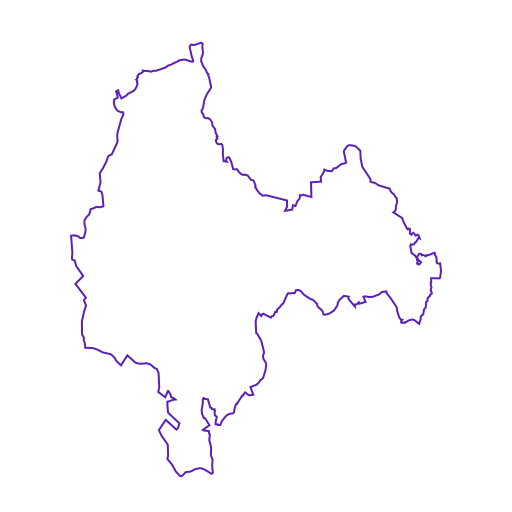 Mirsid, Salaj, Romania, rotated 267°
{"feature_id": "2599482B66658090524477", "entity_name": "Mirsid", "entity_type": "district", "adm_level": 2, "iso_a3": "ROU", "parent_name": "Romania", "parent_adm1": "Salaj", "projection": "robinson", "projection_center": [23.142, 47.219], "detail": "fine", "context": "isolated", "style": "outline", "palette": "violet", "viewbox_px": 512, "rotation_deg": 267, "n_neighbors": 0, "source": "geoboundaries", "source_scale": "gbopen_adm2", "svg_char_len": 6082}
<svg xmlns="http://www.w3.org/2000/svg" viewBox="0 0 512 512"><g transform="rotate(267 256 256)"><path d="M239.0,439.5L238.8,437.8L239.7,436.1L245.6,436.1L247.7,434.8L249.9,434.6L250.0,434.1L248.3,429.9L247.5,426.8L247.9,426.4L246.8,425.2L247.9,424.1L248.3,422.6L248.0,421.6L249.4,420.8L249.8,420.1L249.4,418.8L246.2,416.6L243.8,417.9L241.1,420.5L239.1,418.6L239.5,418.1L239.2,417.2L239.9,416.6L240.4,416.4L242.4,417.4L243.6,416.6L244.9,416.8L248.3,414.7L250.6,411.5L258.3,410.6L258.8,411.4L259.4,411.4L259.1,412.0L259.6,414.6L261.3,415.6L261.7,416.6L265.8,419.4L265.2,420.3L268.1,419.4L268.9,418.3L268.0,416.7L270.9,414.4L270.2,412.9L269.1,412.4L270.0,411.1L270.6,410.8L274.8,411.2L275.4,409.9L274.6,409.0L274.7,408.6L281.7,405.4L286.3,403.9L292.4,395.4L293.3,396.9L295.4,398.1L298.0,398.3L302.4,399.7L304.4,399.6L306.5,399.5L308.0,398.1L310.1,397.2L312.1,395.0L313.9,393.7L316.1,393.3L320.1,382.3L322.9,378.4L323.7,375.1L324.2,374.2L326.7,374.4L339.6,366.8L347.8,365.6L355.6,365.7L360.1,361.5L360.8,360.3L361.8,355.4L361.7,354.4L360.5,352.5L356.8,349.5L355.3,349.2L344.5,350.9L343.6,348.4L343.5,346.4L339.6,340.6L339.4,338.3L336.7,336.1L337.2,332.0L338.7,328.7L335.9,327.9L331.4,324.7L326.9,324.9L326.7,314.8L312.0,314.4L314.8,306.0L314.1,304.6L314.4,303.0L311.3,302.7L308.4,300.1L303.8,298.0L304.8,295.6L300.5,294.6L299.5,287.4L303.6,289.6L309.8,289.9L316.1,269.4L315.9,265.5L317.0,264.9L318.0,263.2L322.5,259.9L323.4,259.9L324.8,258.7L326.4,259.3L331.4,257.5L332.5,254.8L337.0,251.8L337.1,250.7L338.0,249.2L337.6,248.3L337.8,247.0L338.8,245.2L341.1,243.0L343.3,242.0L343.7,241.1L343.5,239.9L344.0,237.7L351.0,236.3L355.5,234.6L356.2,233.4L355.3,231.8L352.9,231.1L351.8,231.8L352.3,228.7L359.0,228.2L363.9,228.6L368.9,228.1L369.7,227.3L369.5,224.7L370.0,223.5L371.3,222.4L373.8,222.0L374.7,222.6L375.0,223.5L377.2,223.0L377.6,223.8L380.7,222.3L385.0,221.7L388.6,219.3L391.2,219.3L392.6,218.7L394.7,217.4L396.1,215.6L396.2,213.4L397.3,211.3L400.0,210.8L402.5,209.3L404.1,209.2L406.1,210.7L414.4,212.6L419.6,215.1L426.7,220.1L436.3,218.6L439.4,217.6L440.1,218.0L441.3,216.7L444.3,215.7L448.7,213.0L453.5,211.4L456.5,211.8L460.5,213.5L463.0,213.7L467.9,213.3L470.5,213.9L471.9,212.6L469.9,205.5L470.5,202.2L469.7,201.4L468.0,200.7L458.4,202.3L454.2,203.6L453.5,203.3L453.3,202.4L456.0,194.7L455.3,189.1L454.7,188.6L452.7,183.5L451.9,182.1L450.7,178.1L449.0,175.6L446.2,165.9L446.3,163.2L445.6,160.9L446.1,158.5L446.6,157.8L446.5,155.7L447.0,153.0L446.4,153.3L444.8,151.4L444.2,150.3L444.1,149.0L442.1,147.1L440.7,147.4L440.4,147.2L440.5,146.8L438.3,146.2L438.2,145.7L437.1,146.6L435.6,146.2L434.3,146.7L432.3,146.1L429.3,144.4L427.5,142.8L424.6,136.4L423.0,135.0L420.4,129.9L426.2,127.4L428.7,127.1L427.9,125.0L421.4,126.3L419.6,122.5L417.8,122.4L417.1,122.0L413.2,122.6L410.6,123.8L408.3,125.3L406.7,128.4L406.5,130.8L404.0,131.0L400.2,128.8L386.8,124.3L383.9,123.7L378.0,123.8L375.2,122.7L364.9,117.2L363.9,114.2L362.5,113.3L357.9,111.4L350.8,107.2L346.9,104.3L337.8,104.6L329.6,102.0L329.3,102.3L329.2,103.5L327.9,105.2L324.5,105.9L313.6,106.2L312.9,103.2L313.1,100.1L313.5,99.1L312.2,96.5L311.5,93.3L307.3,92.1L305.8,91.1L304.0,89.0L301.1,86.9L299.8,86.4L296.4,86.4L292.3,87.3L288.9,86.9L283.4,85.0L282.9,83.4L283.3,81.2L285.1,79.2L285.5,77.9L286.2,75.1L285.9,72.4L268.7,72.8L262.9,72.0L262.1,72.3L260.8,74.8L255.5,75.9L245.0,82.4L237.6,74.2L223.4,83.9L220.7,81.8L215.5,83.7L209.1,81.3L199.8,78.7L186.7,78.2L183.5,79.9L180.6,79.6L178.6,80.4L173.3,80.7L172.7,87.3L171.9,90.2L170.5,93.3L167.7,98.1L165.5,105.9L161.6,109.6L158.3,111.2L153.9,115.5L163.5,122.3L155.8,130.1L154.6,133.4L154.4,136.8L154.7,141.3L154.1,142.1L154.0,143.5L152.4,145.9L149.6,148.6L148.3,151.1L144.3,152.6L129.9,152.5L125.3,151.3L119.7,158.0L125.0,160.6L125.8,161.1L125.7,161.5L122.0,163.4L119.4,163.9L117.8,167.2L116.9,168.1L116.8,166.0L115.3,161.2L115.2,159.9L111.1,159.7L104.1,160.0L92.9,170.8L88.3,169.0L86.8,167.4L97.1,157.3L87.2,149.9L81.3,152.4L72.3,158.0L61.4,157.8L57.9,156.9L52.2,161.2L45.1,164.6L40.3,168.5L40.1,170.4L43.9,174.6L44.1,179.3L46.2,183.8L47.0,188.1L47.0,189.5L45.6,193.2L40.8,200.3L41.7,201.6L48.8,201.2L54.9,202.0L59.5,200.5L67.2,201.2L74.4,199.7L80.3,200.6L81.4,199.8L83.6,199.8L84.5,194.8L85.1,193.8L89.4,200.6L95.6,197.3L97.0,196.1L96.9,195.3L101.6,193.8L105.2,193.7L111.7,195.2L115.2,195.3L116.8,196.0L116.9,196.6L116.0,197.2L115.4,200.5L107.0,202.4L106.7,203.7L105.4,204.1L105.0,206.7L104.1,206.5L103.4,207.0L102.4,206.5L99.0,206.6L97.5,208.5L92.9,207.1L90.0,206.9L89.8,209.2L89.2,209.3L89.1,211.5L93.1,213.4L98.0,217.9L99.7,221.0L100.2,225.1L101.0,225.8L106.3,227.1L108.9,228.3L109.7,229.0L109.4,229.3L117.4,235.0L117.1,235.5L120.4,237.9L117.5,241.5L117.2,242.5L117.6,246.0L125.4,243.6L127.4,249.7L129.1,251.8L132.2,254.3L133.0,255.9L133.9,256.7L141.1,259.4L146.7,260.5L148.9,260.2L153.0,258.0L156.1,257.6L158.7,258.9L160.8,258.8L171.1,256.8L178.2,253.2L179.0,252.2L190.7,252.2L194.0,253.2L198.8,255.5L195.8,258.2L197.7,259.3L198.0,260.2L193.7,267.6L195.0,268.5L195.1,269.7L195.9,270.6L199.3,272.4L199.0,273.7L201.4,274.4L204.3,277.8L206.1,279.1L207.2,280.7L216.6,285.5L217.2,286.3L216.8,287.6L217.1,291.0L216.8,292.6L219.9,294.3L219.8,297.0L218.3,299.2L215.2,301.5L212.6,304.7L210.0,308.5L209.3,310.6L205.0,314.5L203.2,314.6L201.1,315.9L199.7,317.7L197.3,319.6L194.0,320.4L193.8,322.4L194.8,326.6L197.5,331.0L202.2,334.6L205.1,335.3L207.7,337.0L211.6,341.7L210.5,346.5L209.8,346.1L208.0,346.3L200.5,352.0L202.4,351.8L202.3,353.7L204.4,356.2L202.9,356.6L204.4,363.0L209.7,361.2L210.0,363.3L209.2,365.9L209.1,370.4L211.3,377.1L213.4,379.7L213.8,384.3L212.2,384.4L206.6,388.4L197.5,393.8L193.4,394.2L187.5,395.7L184.9,397.3L184.7,398.7L183.0,397.5L181.8,397.6L181.5,398.4L182.0,400.8L181.5,401.1L183.7,405.1L184.4,408.8L183.7,410.8L179.7,415.4L184.2,417.1L187.0,417.4L189.2,420.0L193.8,421.0L195.8,422.8L201.4,423.6L202.3,424.9L204.4,425.1L206.2,426.4L206.7,427.4L208.1,427.7L208.4,428.6L209.7,429.7L212.7,428.6L215.6,429.6L218.1,429.0L220.4,429.2L220.7,429.6L224.6,429.7L224.1,438.2L225.4,438.9L231.9,440.0L239.0,439.5Z" fill="none" stroke="#5b21b6" stroke-width="2"/></g></svg>